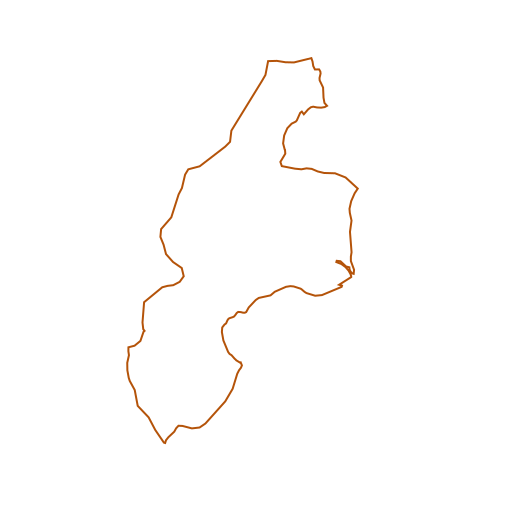 Samsun, Robinson projection, rotated 107°
{"feature_id": "TUR-2296", "entity_name": "Samsun", "entity_type": "Province", "adm_level": 1, "iso_a3": "TUR", "parent_name": "Turkey", "parent_adm1": "", "projection": "robinson", "projection_center": [35.998, 41.292], "detail": "fine", "context": "isolated", "style": "outline", "palette": "amber", "viewbox_px": 512, "rotation_deg": 107, "n_neighbors": 0, "source": "natural_earth", "source_scale": "10m", "svg_char_len": 2218}
<svg xmlns="http://www.w3.org/2000/svg" viewBox="0 0 512 512"><g transform="rotate(107 256 256)"><path d="M161.8,178.4L167.2,180.0L175.7,181.0L183.5,180.4L187.3,178.9L194.2,175.0L205.4,173.2L224.5,165.7L228.8,165.1L233.1,163.8L240.5,158.2L244.5,157.4L244.5,158.9L243.7,160.3L242.7,161.6L241.3,162.7L239.5,163.4L239.7,166.8L236.3,173.7L237.0,177.4L238.3,177.4L238.7,172.0L240.4,167.2L242.9,163.2L245.5,160.5L247.4,159.1L248.3,158.8L259.2,168.1L259.2,165.1L260.5,165.1L274.1,181.5L276.7,187.8L276.7,196.9L276.1,199.1L274.5,202.7L274.2,203.8L274.1,211.1L274.8,214.4L276.7,218.3L284.7,227.6L289.4,230.6L295.3,241.1L298.2,243.4L307.3,247.9L312.5,249.0L313.5,250.1L314.0,251.8L314.1,254.1L314.7,256.7L316.2,257.8L318.2,258.4L320.3,259.3L321.3,260.4L323.1,263.0L324.0,263.9L325.8,264.5L329.2,264.9L330.8,266.1L334.2,267.4L338.7,266.4L346.3,262.5L355.9,254.6L357.4,252.6L358.0,250.4L360.5,246.4L361.1,245.0L361.5,244.5L362.7,239.8L362.3,239.5L364.7,237.5L367.2,237.7L370.2,238.8L374.1,239.5L389.8,239.5L404.0,242.9L431.0,255.4L436.5,259.8L439.6,266.9L440.0,276.6L441.0,280.5L444.1,282.0L447.9,282.8L454.9,286.8L458.5,288.2L461.4,288.2L461.4,289.5L451.8,301.5L441.7,311.5L433.9,325.3L419.6,332.8L412.4,340.2L409.7,342.1L402.9,345.6L395.8,347.9L388.0,348.5L384.4,350.2L380.6,351.3L377.3,345.9L371.0,341.7L361.4,341.4L360.2,340.7L359.0,342.4L352.8,345.1L332.9,349.5L313.3,336.5L310.4,331.8L308.1,326.6L303.0,321.4L296.5,319.2L289.2,323.5L286.0,333.6L280.5,342.6L272.2,347.7L265.7,353.0L258.0,354.6L243.8,348.3L219.7,348.0L212.7,346.7L198.9,347.6L192.9,346.1L186.7,336.1L160.4,317.4L154.4,314.2L143.3,316.2L86.9,301.5L80.1,299.9L66.1,301.4L63.3,293.1L62.1,284.5L59.8,276.3L50.6,260.9L53.5,258.8L57.6,256.8L60.4,254.2L59.1,250.2L60.8,248.4L62.6,247.6L67.2,247.3L69.4,246.5L75.3,241.1L84.9,237.7L89.6,235.3L91.6,232.0L93.5,233.8L95.1,237.1L96.1,241.1L96.5,245.0L97.7,247.0L100.5,249.0L106.5,251.7L104.5,254.4L106.2,255.6L114.4,256.6L115.9,257.3L119.0,260.6L124.6,263.4L132.5,264.3L140.4,263.0L145.9,259.6L146.0,259.3L149.6,257.9L158.9,260.2L162.5,257.6L161.1,244.3L159.8,237.9L157.4,233.3L156.4,228.2L157.1,221.7L156.7,215.2L153.8,204.6L154.7,193.3L161.8,178.4L161.8,178.4Z" fill="none" stroke="#b45309" stroke-width="2"/></g></svg>